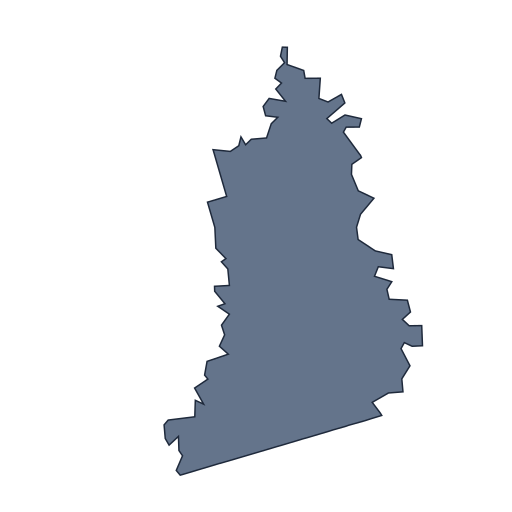 the district of Little River, Arkansas, United States of America, rotated 252°
{"feature_id": "52423323B59609067329323", "entity_name": "Little River", "entity_type": "district", "adm_level": 2, "iso_a3": "USA", "parent_name": "United States of America", "parent_adm1": "Arkansas", "projection": "orthographic", "projection_center": [-94.204, 33.739], "detail": "fine", "context": "isolated", "style": "filled", "palette": "slate", "viewbox_px": 512, "rotation_deg": 252, "n_neighbors": 0, "source": "geoboundaries", "source_scale": "gbopen_adm2", "svg_char_len": 1619}
<svg xmlns="http://www.w3.org/2000/svg" viewBox="0 0 512 512"><g transform="rotate(252 256 256)"><path d="M321.0,385.9L346.8,377.4L350.7,381.6L346.7,394.1L354.0,398.7L362.6,384.2L358.9,369.0L364.8,365.8L374.1,387.8L383.3,387.2L380.2,372.1L386.4,364.5L405.2,372.1L409.8,357.6L417.7,358.7L428.5,344.7L444.8,350.3L446.5,345.6L438.4,341.0L431.0,342.9L426.1,333.2L419.2,328.9L412.6,333.7L408.7,326.4L394.0,331.9L401.8,317.2L396.0,309.0L386.4,308.5L381.2,319.6L377.1,311.4L365.0,302.5L368.5,287.6L365.0,280.5L373.9,278.5L366.2,273.7L363.4,263.9L370.4,248.0L369.5,248.0L321.7,246.5L322.2,226.5L295.9,225.7L275.8,220.2L262.8,226.6L261.2,221.3L252.4,225.2L236.2,221.6L240.0,207.2L235.2,205.8L220.2,211.7L220.0,204.1L208.9,212.7L200.9,201.8L190.7,201.8L181.5,193.3L171.2,199.3L170.9,176.9L158.6,170.3L153.8,172.2L149.4,156.8L131.3,160.4L137.5,153.7L122.0,148.1L127.1,121.8L123.8,116.4L110.5,113.3L103.0,114.9L108.4,126.5L94.8,122.6L88.7,124.4L76.7,113.9L71.0,116.2L70.9,118.4L70.0,157.5L69.9,157.7L69.3,178.4L68.9,193.0L68.4,211.9L68.4,212.1L68.3,216.9L68.1,221.6L67.6,244.3L67.5,246.1L67.4,248.1L66.8,271.7L66.8,275.4L66.3,289.1L66.4,291.7L65.7,308.7L65.7,315.6L65.5,326.3L68.1,325.7L80.9,321.3L84.8,339.6L81.4,353.8L94.1,356.7L104.0,368.5L123.1,365.3L127.8,370.3L121.9,376.6L119.2,386.6L138.6,392.1L142.3,380.1L150.5,375.6L155.0,385.6L167.2,386.3L173.7,369.3L183.9,370.2L189.6,377.2L200.1,362.4L208.0,369.0L201.5,382.8L215.3,385.5L224.0,371.0L240.1,358.2L252.3,360.5L263.4,368.3L274.5,386.0L286.4,373.4L304.1,372.0L313.6,375.5L317.0,386.7L319.5,386.5L321.0,385.9Z" fill="#64748b" stroke="#1e293b" stroke-width="1.5"/></g></svg>